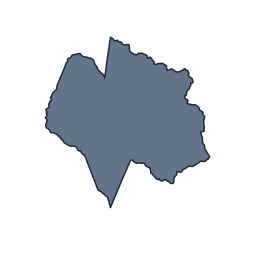 Serrita, Pernambuco, Brazil (Robinson projection), rotated 118°
{"feature_id": "56859067B3572424117250", "entity_name": "Serrita", "entity_type": "district", "adm_level": 2, "iso_a3": "BRA", "parent_name": "Brazil", "parent_adm1": "Pernambuco", "projection": "robinson", "projection_center": [-39.404, -7.835], "detail": "fine", "context": "isolated", "style": "filled", "palette": "slate", "viewbox_px": 256, "rotation_deg": 118, "n_neighbors": 0, "source": "geoboundaries", "source_scale": "gbopen_adm2", "svg_char_len": 3780}
<svg xmlns="http://www.w3.org/2000/svg" viewBox="0 0 256 256"><g transform="rotate(118 128 128)"><path d="M115.0,42.5L109.8,51.1L108.8,51.3L107.0,53.0L106.6,54.1L105.9,55.0L104.9,55.7L104.1,56.5L102.6,57.1L101.6,57.9L100.6,58.9L99.8,59.9L98.8,60.7L97.9,61.7L96.7,61.5L95.9,60.0L94.8,59.4L93.9,60.0L92.7,60.6L91.3,61.0L90.3,62.2L89.4,62.6L88.0,63.4L86.9,64.2L86.0,64.6L84.9,65.0L83.7,64.9L82.7,65.3L81.8,66.0L81.4,67.4L80.5,68.7L79.3,68.7L78.7,70.1L78.6,71.4L78.5,73.3L77.5,74.2L76.8,74.9L76.2,76.2L76.0,77.9L76.0,79.7L76.6,81.0L77.5,82.1L77.7,83.9L78.3,85.8L78.5,87.4L77.2,87.8L76.0,87.7L75.0,88.8L75.5,90.1L74.9,91.8L73.8,92.5L72.9,93.0L72.0,92.0L70.9,92.1L69.7,92.7L68.3,93.3L67.1,93.0L66.0,92.9L64.5,92.3L63.0,92.7L62.1,92.8L61.1,92.6L59.6,93.2L58.7,93.7L58.4,92.5L56.7,92.1L55.7,93.3L54.6,94.1L54.2,95.6L54.1,97.6L52.8,99.6L51.3,99.7L50.4,101.1L49.2,102.2L49.8,103.9L49.0,105.3L49.5,106.3L51.6,107.1L53.5,108.6L54.9,109.9L56.0,112.4L55.3,114.3L55.4,115.6L55.2,117.1L56.3,118.1L58.6,119.9L58.6,121.0L57.6,121.2L56.6,122.6L55.0,123.1L54.8,124.3L55.2,125.3L54.7,126.3L54.7,127.7L56.3,130.5L56.9,131.6L58.6,132.8L59.0,134.0L59.3,135.1L58.0,135.4L56.8,137.0L56.5,138.6L55.8,139.6L55.3,140.6L55.1,141.9L56.1,142.4L57.2,144.0L56.2,144.2L55.2,145.2L55.0,146.7L55.2,148.5L55.5,151.2L56.3,152.0L56.9,153.7L58.0,153.9L59.4,155.0L60.0,157.1L60.0,158.5L59.8,160.0L59.8,162.0L58.8,162.5L57.7,164.0L56.1,164.5L55.2,165.3L53.9,166.4L54.7,167.9L55.8,169.2L56.6,171.1L56.4,172.7L55.5,173.8L55.3,174.9L56.3,176.8L55.4,178.3L56.1,179.3L57.2,180.1L57.1,181.7L56.3,183.1L56.2,186.0L59.6,184.9L71.3,180.7L92.0,173.1L94.4,172.4L93.4,173.6L92.8,174.4L92.2,175.9L92.0,177.8L91.3,179.1L91.1,181.0L90.1,182.5L89.1,183.4L88.2,184.8L87.3,187.2L86.2,188.0L85.4,189.1L84.6,190.1L84.1,191.2L83.8,193.5L84.6,195.4L84.7,197.4L85.7,199.8L85.8,201.0L85.8,202.9L85.2,204.2L84.8,205.2L86.0,207.2L87.5,208.5L88.5,210.2L90.3,211.8L91.5,211.5L92.5,211.7L93.6,212.3L94.8,213.6L96.0,213.4L97.6,212.6L99.6,213.0L103.4,212.6L104.9,212.3L123.0,210.7L124.3,210.3L125.7,209.9L126.7,209.4L127.9,209.5L128.9,209.7L130.2,210.1L131.7,210.8L133.1,210.9L134.8,210.7L136.4,210.6L137.4,210.8L138.4,210.0L139.2,208.7L140.2,208.8L141.1,209.5L142.2,209.2L143.5,209.2L144.8,208.9L145.8,208.0L146.8,207.4L148.7,208.6L150.3,209.1L151.5,207.9L152.1,206.8L153.8,207.0L154.2,205.9L155.8,205.3L156.9,205.7L158.0,205.6L158.2,204.0L159.0,203.0L160.1,203.2L161.2,202.2L163.2,202.4L164.5,201.8L165.2,201.0L166.1,200.2L166.1,198.2L166.6,196.7L167.4,195.4L168.2,194.5L167.9,192.7L166.9,191.5L167.2,189.9L167.0,187.7L167.9,185.9L167.3,184.8L168.4,183.9L168.6,182.3L169.6,181.1L169.6,179.3L171.0,177.7L171.0,176.2L171.2,174.2L171.2,171.6L170.8,170.4L170.7,169.3L169.7,168.5L169.5,167.1L168.9,165.6L169.4,164.0L171.1,161.8L170.9,158.8L171.6,157.7L172.2,156.3L172.5,155.0L172.3,153.7L196.9,125.2L196.8,122.9L196.9,121.6L197.4,120.1L197.5,118.9L198.4,115.9L198.3,114.4L199.1,113.0L200.8,111.8L201.5,110.3L203.5,109.2L204.2,108.2L205.6,106.8L207.0,106.1L190.5,107.7L188.9,107.8L175.7,109.0L155.3,110.6L154.3,109.4L155.0,107.8L155.1,105.5L155.1,103.7L154.2,102.8L153.4,101.4L153.2,100.2L152.5,99.0L151.8,98.2L151.7,96.5L152.6,95.4L153.2,94.4L153.1,93.0L153.2,91.7L153.1,90.6L153.3,89.3L154.4,88.7L155.5,87.6L156.4,87.1L157.2,86.4L157.1,85.0L157.9,83.6L158.7,81.5L159.2,79.9L159.7,78.1L158.3,76.7L159.1,76.1L159.1,74.9L158.9,73.1L157.5,72.1L156.4,71.3L156.0,69.8L156.3,68.3L156.3,66.8L156.9,63.9L155.2,62.0L151.0,63.6L149.4,63.9L146.8,63.2L145.3,63.5L143.7,64.2L142.9,62.5L142.6,61.4L141.9,60.3L140.8,60.0L138.6,59.9L137.6,58.8L134.7,57.3L133.0,56.2L131.7,53.0L129.1,51.2L127.4,50.7L126.0,49.5L124.7,49.0L123.1,48.4L122.6,46.4L121.7,44.9L120.4,43.8L118.9,43.6L118.1,42.9L117.1,42.4L115.0,42.5Z" fill="#64748b" stroke="#1e293b" stroke-width="1.5"/></g></svg>